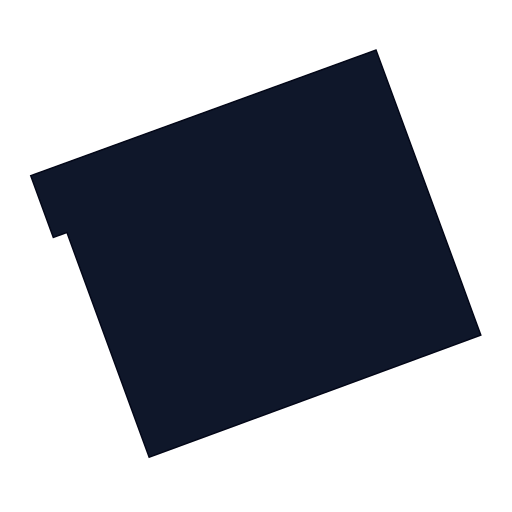 the district of Chical Có, La Pampa, Argentina, rotated 340°
{"feature_id": "61730980B98672472309924", "entity_name": "Chical Có", "entity_type": "district", "adm_level": 2, "iso_a3": "ARG", "parent_name": "Argentina", "parent_adm1": "La Pampa", "projection": "robinson", "projection_center": [-67.812, -36.401], "detail": "fine", "context": "isolated", "style": "filled", "palette": "ink", "viewbox_px": 512, "rotation_deg": 340, "n_neighbors": 0, "source": "geoboundaries", "source_scale": "gbopen_adm2", "svg_char_len": 400}
<svg xmlns="http://www.w3.org/2000/svg" viewBox="0 0 512 512"><g transform="rotate(340 256 256)"><path d="M439.2,103.5L419.5,103.5L417.6,103.5L80.3,103.5L71.8,103.5L71.9,169.2L72.0,169.2L86.4,169.2L86.4,194.2L86.6,302.9L86.7,369.1L86.7,371.1L86.8,408.5L87.2,408.5L267.9,407.9L440.2,407.2L440.1,380.5L440.1,351.6L439.2,103.5L439.2,103.5Z" fill="#0f172a" stroke="#020617" stroke-width="1.5"/></g></svg>